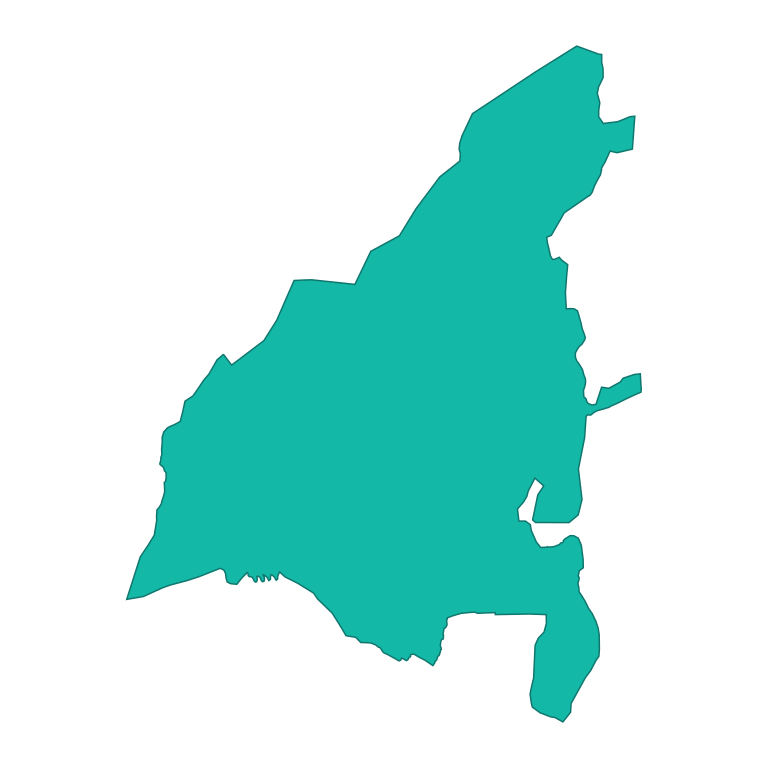 Birnin Kudu, Jigawa, Nigeria (Equal Earth projection)
{"feature_id": "59680162B7272699675434", "entity_name": "Birnin Kudu", "entity_type": "district", "adm_level": 2, "iso_a3": "NGA", "parent_name": "Nigeria", "parent_adm1": "Jigawa", "projection": "equal_earth", "projection_center": [9.426, 11.485], "detail": "fine", "context": "isolated", "style": "filled", "palette": "teal", "viewbox_px": 768, "rotation_deg": 0, "n_neighbors": 0, "source": "geoboundaries", "source_scale": "gbopen_adm2", "svg_char_len": 4887}
<svg xmlns="http://www.w3.org/2000/svg" viewBox="0 0 768 768"><path d="M562.9,721.9L567.8,715.8L570.6,712.1L571.1,703.5L585.3,677.8L590.7,670.5L596.1,660.2L598.9,656.3L599.4,649.3L599.2,634.5L598.1,628.0L595.7,620.9L592.2,613.6L588.7,608.6L585.4,601.8L582.0,596.1L579.1,591.8L578.8,587.3L577.9,583.7L579.0,579.3L579.2,577.5L578.2,576.2L579.3,570.7L583.3,567.8L583.1,559.2L581.3,545.2L578.3,538.2L574.0,535.8L570.4,535.6L570.1,535.7L565.1,538.8L563.4,540.5L563.4,541.8L562.6,542.6L561.1,542.8L559.2,544.6L553.5,546.8L547.9,547.1L547.6,546.7L546.3,547.2L540.7,547.5L536.3,541.9L531.3,530.6L530.3,524.6L525.4,521.1L518.9,521.1L517.5,508.9L523.5,502.1L526.8,496.5L528.3,490.9L534.9,478.1L543.7,485.9L537.8,494.9L532.6,519.9L535.6,522.5L569.0,522.6L578.2,514.9L582.0,499.5L578.4,469.0L584.6,437.8L586.1,416.3L587.9,414.7L589.6,415.1L591.3,414.8L592.4,413.7L594.0,412.4L597.2,410.7L604.8,408.6L606.8,407.9L608.8,407.4L610.6,406.3L613.8,404.8L618.1,402.9L623.2,400.3L627.5,398.2L635.5,394.5L640.9,392.2L641.3,389.5L641.0,385.9L640.3,373.8L634.3,374.5L623.1,378.2L620.2,382.1L608.8,388.3L601.6,387.2L596.0,404.3L592.1,405.0L588.3,403.6L586.8,401.7L586.0,398.8L583.8,396.7L583.5,390.2L584.5,387.5L585.2,384.6L585.6,381.8L585.4,378.8L583.8,374.7L582.5,369.7L580.8,366.7L578.7,363.4L576.7,360.9L575.4,357.2L575.4,352.9L577.3,349.3L579.3,346.4L581.6,344.6L583.4,342.0L584.8,339.6L585.3,337.5L584.3,334.3L582.2,328.6L580.9,322.5L578.2,313.2L577.5,310.9L574.4,308.9L571.4,308.6L566.3,308.8L565.4,292.6L565.9,286.2L566.6,276.4L567.7,264.7L561.4,259.9L559.3,257.3L555.0,259.2L552.5,259.5L550.5,256.0L549.3,250.6L547.5,243.1L546.7,237.3L551.3,235.3L561.0,218.6L564.1,212.9L587.7,196.6L589.9,195.4L592.2,192.2L594.5,185.9L596.9,181.1L600.4,174.8L601.5,170.1L601.5,168.2L605.1,162.0L608.4,154.8L610.0,151.1L617.1,152.7L632.4,149.1L634.8,116.2L630.1,116.7L617.7,121.7L603.3,123.5L598.7,116.8L598.7,110.6L599.8,102.7L597.3,93.4L598.5,87.1L603.1,77.6L603.0,68.2L601.7,62.6L601.7,54.5L598.5,54.1L576.7,46.1L535.6,71.8L488.9,102.8L472.5,113.6L462.1,135.7L459.7,143.3L459.1,149.1L460.3,153.5L459.9,161.0L439.8,176.9L416.1,208.6L399.4,235.8L370.8,251.3L354.9,284.4L311.7,279.8L304.5,280.0L294.1,280.5L286.5,297.8L276.8,320.1L263.9,340.6L231.6,365.1L223.7,354.7L223.1,354.6L222.9,354.8L222.7,355.0L217.1,359.8L209.0,374.0L203.7,380.2L198.7,387.7L193.0,395.9L185.0,401.2L182.6,412.3L180.2,421.5L174.0,424.8L169.7,426.6L167.2,428.1L163.7,432.0L163.7,432.3L163.6,432.5L163.6,432.8L163.5,433.0L163.4,433.3L163.4,433.5L163.3,433.8L163.3,434.0L163.2,434.0L163.2,434.3L163.1,434.5L163.0,434.8L163.0,435.0L162.9,435.0L162.8,435.4L162.7,435.6L162.7,435.8L162.6,436.0L162.5,436.3L162.5,436.5L162.4,436.5L162.3,436.8L162.3,437.0L162.2,437.1L162.2,437.3L162.2,443.2L161.6,449.2L161.9,454.5L160.8,457.8L160.9,459.2L160.8,460.0L160.2,462.4L159.8,463.9L160.1,464.5L163.5,467.4L164.4,470.7L166.1,472.7L166.1,477.8L165.6,481.2L164.3,482.5L164.5,486.6L164.7,491.7L163.4,496.7L162.0,500.7L161.2,504.1L158.9,507.7L157.0,509.8L156.5,516.8L156.7,520.3L154.3,535.2L154.2,535.3L148.2,545.1L140.3,556.8L131.4,584.7L126.7,599.4L143.4,596.5L162.5,587.8L170.4,585.0L186.6,580.7L199.2,576.6L220.0,568.4L222.3,569.2L223.9,570.1L225.5,573.4L226.2,578.6L227.3,582.0L230.7,583.7L236.8,584.3L241.6,578.3L244.9,574.8L246.0,574.0L246.8,572.7L247.6,572.6L248.0,573.2L248.2,575.6L249.5,576.8L250.9,576.5L251.5,577.0L252.5,577.6L253.3,579.0L254.1,580.9L255.3,582.1L256.6,581.8L257.3,579.9L257.1,577.6L256.5,576.2L256.7,576.4L258.1,576.1L258.8,576.6L259.8,577.2L260.5,578.6L261.3,580.6L262.5,581.7L263.9,581.4L264.5,579.5L264.3,577.2L263.2,574.8L263.5,574.6L265.7,576.1L267.3,577.5L268.0,579.2L268.9,580.6L270.5,579.3L270.4,577.3L270.9,575.2L271.2,574.6L272.9,575.7L274.5,577.2L275.2,578.8L276.2,580.2L277.7,579.0L277.6,577.0L278.2,574.8L279.5,572.4L279.7,572.0L285.0,576.9L297.6,583.2L313.6,593.1L317.7,599.1L332.2,613.1L339.4,624.5L342.5,629.6L346.0,635.7L355.7,637.3L360.8,642.5L367.1,642.7L370.9,643.0L375.7,644.9L378.6,647.3L380.0,647.6L381.2,649.3L382.5,651.4L383.9,652.9L387.8,654.6L399.1,660.9L400.6,660.2L401.8,658.0L406.3,660.6L407.8,659.8L409.0,657.6L410.5,656.7L410.5,654.6L413.7,654.1L414.0,654.1L419.0,657.2L425.1,660.3L432.9,665.6L434.8,662.8L435.2,661.4L436.7,659.9L437.2,658.2L437.7,656.4L439.0,655.6L439.6,654.5L439.7,653.2L440.2,652.4L440.6,650.2L441.3,649.5L441.1,647.8L440.2,645.7L440.5,644.1L440.7,642.0L441.5,639.6L442.4,639.3L443.3,638.9L443.5,636.0L443.4,634.6L443.0,633.1L443.5,631.9L443.9,628.8L445.7,627.5L447.0,625.0L446.9,622.5L446.5,620.2L447.3,619.4L447.4,617.8L451.9,616.1L456.0,614.8L461.3,613.3L473.8,612.1L476.9,612.9L477.7,613.3L480.9,613.1L495.2,612.6L495.3,614.6L529.1,614.0L546.2,614.6L546.4,623.3L544.0,632.2L538.3,638.1L535.1,645.3L533.6,678.1L531.4,687.4L530.1,694.1L531.2,702.3L532.3,707.1L540.1,712.8L550.9,716.9L552.3,717.1L555.1,717.6L562.9,721.9Z" fill="#14b8a6" stroke="#0f766e" stroke-width="1.5"/></svg>